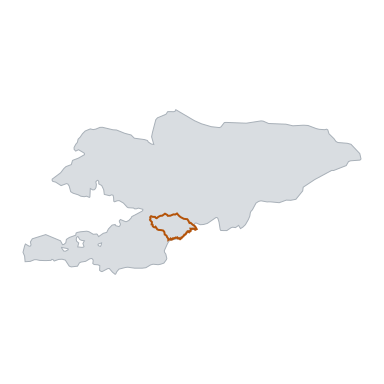 Kara-Kulja, Osh, Kyrgyzstan (highlighted)
{"feature_id": "92254566B85310994889224", "entity_name": "Kara-Kulja", "entity_type": "district", "adm_level": 2, "iso_a3": "KGZ", "parent_name": "Kyrgyzstan", "parent_adm1": "Osh", "projection": "mercator", "projection_center": [74.361, 40.398], "detail": "fine", "context": "in_parent", "style": "outline", "palette": "amber", "viewbox_px": 384, "rotation_deg": 0, "n_neighbors": 0, "source": "geoboundaries", "source_scale": "gbopen_adm2", "svg_char_len": 6552}
<svg xmlns="http://www.w3.org/2000/svg" viewBox="0 0 384 384"><path d="M76.1,233.1L77.1,232.5L80.3,231.8L86.7,231.2L88.9,231.7L93.3,234.3L96.7,234.0L97.3,234.4L98.6,236.6L103.3,233.3L106.7,232.4L108.4,229.0L112.1,225.1L115.2,224.5L115.2,225.1L115.8,225.7L119.0,226.6L120.0,225.6L120.5,224.1L119.4,221.8L119.3,220.9L120.4,219.5L125.4,221.6L126.6,221.6L128.9,220.4L131.0,218.2L131.8,216.6L142.2,211.1L142.9,210.1L142.8,209.3L138.4,208.1L136.4,208.8L134.6,208.8L133.5,208.0L128.2,207.7L127.1,207.1L123.5,203.1L119.2,200.6L117.1,200.8L114.6,201.8L113.8,201.3L113.6,197.6L113.1,195.3L111.6,194.8L109.6,195.7L104.3,194.4L103.7,189.7L101.7,185.5L98.8,183.9L98.7,181.3L97.8,180.3L96.9,180.6L95.8,181.9L96.4,184.6L96.0,187.4L95.3,188.8L94.1,189.8L92.7,189.9L90.3,188.5L89.9,196.9L89.4,197.4L86.5,196.2L84.2,196.7L80.8,196.2L78.2,194.8L73.1,193.2L70.7,191.7L69.2,186.1L67.8,184.0L66.5,183.6L61.1,185.6L55.6,182.1L52.8,181.4L52.1,180.3L52.2,179.1L60.6,172.8L64.0,168.4L66.0,166.6L71.3,164.6L72.5,160.6L73.0,160.2L78.3,158.2L84.4,154.7L84.5,153.7L83.9,152.9L78.5,149.7L75.7,151.1L74.1,149.3L74.1,147.4L75.9,144.1L77.4,142.4L78.1,139.2L80.2,137.1L82.5,133.7L85.2,131.0L90.3,128.9L93.1,129.6L95.8,129.1L99.9,127.4L102.4,127.3L113.0,129.8L116.5,130.0L124.7,133.3L131.1,135.0L134.3,138.2L144.6,139.6L147.4,140.5L148.4,142.1L151.3,144.0L153.8,144.5L151.6,136.8L152.5,132.3L155.8,119.7L157.5,117.8L165.9,114.3L167.8,111.6L173.8,111.7L175.1,111.2L175.8,109.7L194.5,120.7L201.5,123.8L211.3,126.7L219.5,127.6L221.0,126.9L224.3,122.6L225.8,122.4L246.3,123.2L261.0,120.9L263.1,121.1L268.6,123.5L286.0,124.2L292.8,125.8L303.6,125.2L308.1,125.5L316.3,128.6L319.2,129.3L324.6,129.7L326.6,129.2L327.8,129.9L329.0,133.8L334.0,138.7L335.9,141.4L337.8,142.5L347.4,143.3L351.0,144.3L359.8,153.6L361.0,159.0L360.0,160.1L350.6,160.8L348.5,161.6L346.2,165.6L333.6,170.5L331.7,170.4L314.8,179.5L303.2,187.2L302.7,190.9L295.9,199.3L290.7,200.3L286.4,200.1L279.2,202.7L270.1,201.8L267.0,201.9L261.0,200.8L258.6,201.4L256.0,203.1L252.4,209.8L251.0,211.3L250.3,212.8L249.8,216.1L248.4,219.5L245.4,224.7L242.9,227.1L240.5,228.6L238.6,225.4L235.5,227.6L232.6,227.2L230.9,227.8L226.8,230.6L220.8,230.5L220.2,229.5L219.0,222.0L217.9,218.4L217.1,217.6L216.0,217.5L207.4,223.4L203.5,224.5L200.2,224.7L195.9,222.9L195.0,223.3L194.3,224.3L194.0,225.5L195.2,228.9L194.8,229.5L192.9,229.5L190.2,230.3L182.0,237.2L176.8,239.0L172.0,239.7L169.1,241.0L167.5,243.6L164.3,250.7L164.5,252.2L165.8,254.1L166.8,258.4L166.5,259.5L163.9,263.1L160.7,264.2L158.1,264.7L153.1,264.2L150.6,264.9L145.9,267.7L142.1,268.2L134.8,268.2L127.7,267.2L125.3,267.5L119.0,269.1L116.8,271.7L115.7,274.0L115.1,274.3L112.5,272.2L109.3,268.5L107.8,268.6L102.1,271.6L101.2,271.5L99.6,270.3L99.8,265.7L98.0,264.8L94.1,264.5L92.8,263.5L93.2,260.5L92.8,259.4L91.8,258.5L89.8,258.8L85.7,261.3L81.0,262.1L79.4,262.9L77.5,266.2L71.2,266.9L69.2,266.1L65.3,260.1L62.1,259.2L58.7,259.4L54.2,261.0L53.1,259.7L51.9,259.3L50.9,260.4L45.3,260.6L39.7,260.4L36.5,259.7L34.4,259.7L30.2,261.4L25.1,261.7L24.6,256.1L23.0,252.3L24.6,246.0L25.4,244.0L29.3,246.3L30.6,245.9L31.0,244.7L30.4,241.9L32.3,238.8L45.7,234.6L60.5,240.8L62.5,244.7L63.8,244.5L65.8,242.8L66.4,239.4L69.3,237.5L75.7,235.2L76.1,233.1ZM83.7,247.0L84.0,246.5L82.9,243.5L84.4,240.8L81.4,240.3L79.8,239.5L78.1,236.7L77.5,236.6L76.6,237.4L76.2,239.2L76.6,241.2L78.7,243.0L77.7,246.9L82.2,247.4L83.7,247.0ZM68.2,249.7L68.1,248.9L67.1,248.5L61.5,247.4L61.7,248.2L63.8,251.1L65.5,251.2L68.2,249.7ZM101.3,244.7L101.6,242.9L98.3,244.0L97.9,244.9L99.0,246.0L100.5,246.4L101.3,244.7Z" fill="#d9dde1" stroke="#a8b0b8" stroke-width="1"/><path d="M169.9,239.9L169.8,239.7L169.7,239.5L169.9,239.5L169.9,239.4L170.1,239.3L170.2,239.2L170.3,239.0L170.4,238.9L170.5,238.9L170.6,238.7L170.7,238.8L170.8,238.9L171.0,238.9L171.0,239.0L171.3,239.2L171.3,239.3L171.4,239.5L171.5,239.6L171.8,239.5L171.9,239.4L171.9,239.5L171.9,239.4L172.0,239.4L172.2,239.2L172.3,239.2L172.3,239.3L172.6,239.3L172.7,239.2L172.7,238.9L172.8,238.8L172.9,238.7L173.0,238.5L173.0,238.4L173.3,238.3L173.5,238.4L173.7,238.5L173.8,238.5L174.0,238.4L174.2,238.2L174.3,238.1L174.6,238.1L174.8,238.1L175.0,238.0L175.1,237.9L175.4,237.9L175.5,237.8L175.6,237.7L175.7,237.8L175.8,237.8L175.9,237.7L176.0,237.6L176.3,237.7L176.4,237.8L176.5,237.8L176.9,237.7L177.0,237.7L177.3,237.4L177.4,237.5L177.5,237.6L177.5,237.8L177.6,238.0L177.7,238.3L177.8,238.4L177.9,238.5L178.0,238.6L178.3,238.6L178.3,238.4L178.5,238.3L178.5,238.2L178.8,238.2L179.0,238.2L179.0,238.3L179.1,238.5L179.3,238.7L179.6,238.8L179.8,239.0L180.0,239.0L180.0,238.9L180.3,238.8L180.3,238.6L180.5,238.6L180.8,238.5L180.7,238.4L180.8,238.3L180.8,238.2L180.8,238.3L180.9,238.2L181.1,238.1L181.3,238.0L181.4,237.9L181.4,237.7L181.5,237.7L181.7,237.4L181.8,237.3L182.0,237.3L182.2,237.2L182.3,237.2L182.5,236.9L182.8,236.7L183.0,236.5L183.3,236.4L183.4,236.2L183.5,236.2L183.6,235.9L183.7,235.7L183.8,235.6L183.9,235.4L184.0,235.4L184.3,235.2L184.2,235.1L184.3,235.0L184.4,234.7L184.5,234.7L184.8,234.5L185.0,234.5L185.1,234.4L185.5,234.3L185.5,234.2L185.8,233.9L186.0,233.7L186.0,233.4L186.2,233.1L186.3,233.0L186.4,232.9L186.5,232.9L186.6,232.7L186.6,232.4L186.8,232.3L186.9,232.2L187.0,232.1L187.2,231.9L187.3,231.8L187.3,231.7L187.5,231.4L187.7,231.5L187.7,231.4L187.8,231.4L188.0,231.3L188.2,231.5L188.3,231.5L188.4,231.4L188.5,231.5L188.5,231.4L188.8,231.4L189.0,231.5L189.0,231.8L189.6,231.8L189.7,231.7L189.8,231.6L190.0,231.4L190.4,231.1L190.2,230.9L190.2,230.7L190.3,230.6L190.5,230.4L190.6,230.2L190.7,229.9L190.8,229.9L190.9,229.7L190.9,229.4L190.9,229.2L190.7,229.1L190.7,228.9L190.6,228.7L190.8,228.7L191.0,228.7L191.4,228.7L191.7,228.8L191.8,228.9L192.0,228.9L192.1,228.7L192.3,228.6L192.5,228.6L192.7,228.8L192.8,228.8L192.9,228.7L193.1,228.7L193.3,228.7L193.5,228.6L193.8,228.6L194.0,228.7L195.2,229.8L196.7,229.1L195.2,226.5L194.1,225.6L194.3,225.8L193.7,225.3L193.4,225.1L192.8,224.8L190.6,222.8L189.5,223.0L188.3,220.6L187.3,219.2L183.8,218.8L180.6,217.1L178.9,215.7L177.0,213.5L175.3,214.5L173.4,214.4L170.3,215.7L167.8,215.8L167.2,214.9L165.0,213.7L162.2,215.7L160.4,215.8L158.4,216.8L156.7,218.2L155.7,217.8L155.0,216.9L152.9,216.9L151.1,216.2L150.2,217.2L150.5,218.8L150.0,219.8L150.5,220.6L151.9,222.0L151.9,222.9L151.6,224.4L152.0,224.5L152.6,224.7L152.8,226.3L154.0,227.2L155.1,227.4L155.6,226.8L156.6,228.2L157.2,229.3L158.5,229.9L161.1,230.1L163.1,230.5L164.2,231.7L164.6,233.4L164.7,234.5L165.9,235.2L166.8,236.1L167.0,237.0L168.3,238.7L168.3,239.9L168.7,239.6L169.5,239.4L169.9,239.9Z" fill="none" stroke="#b45309" stroke-width="2"/></svg>